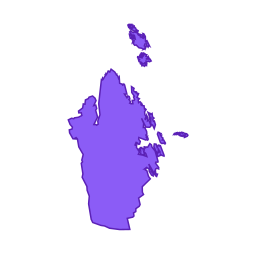 Bjugn nor, Sør-Trøndelag, Norway (orthographic projection), rotated 103°
{"feature_id": "86288312B97318118947912", "entity_name": "Bjugn nor", "entity_type": "district", "adm_level": 2, "iso_a3": "NOR", "parent_name": "Norway", "parent_adm1": "Sør-Trøndelag", "projection": "orthographic", "projection_center": [9.771, 63.825], "detail": "fine", "context": "isolated", "style": "filled", "palette": "violet", "viewbox_px": 256, "rotation_deg": 103, "n_neighbors": 0, "source": "geoboundaries", "source_scale": "gbopen_adm2", "svg_char_len": 5855}
<svg xmlns="http://www.w3.org/2000/svg" viewBox="0 0 256 256"><g transform="rotate(103 128 128)"><path d="M133.5,188.0L137.6,185.2L139.6,182.4L141.6,182.3L143.0,184.8L145.9,183.8L150.9,179.2L150.5,176.8L150.2,177.6L149.0,176.4L150.1,174.8L157.5,171.7L163.9,165.7L169.7,165.8L171.2,164.7L172.9,165.6L182.9,161.6L186.3,161.6L194.2,154.9L197.9,153.8L203.1,150.4L210.8,149.3L225.3,143.3L228.0,141.1L229.0,132.4L228.7,128.9L229.8,123.4L228.8,113.2L226.4,103.4L216.2,108.4L213.8,103.3L212.4,102.4L209.5,103.5L207.7,101.6L204.8,102.2L201.7,99.4L199.8,99.0L193.9,101.9L189.3,97.9L187.4,99.5L182.0,100.9L172.5,94.8L170.6,97.1L165.4,100.0L164.9,101.7L163.6,101.3L164.0,102.5L162.2,101.0L163.0,99.0L162.7,98.3L165.4,97.6L168.6,94.4L169.0,92.7L166.7,93.2L165.0,95.8L163.6,96.0L162.6,98.2L161.1,97.9L158.4,99.7L168.3,90.5L168.8,89.2L166.3,88.9L166.4,90.6L164.2,91.4L164.8,91.7L164.5,92.3L161.5,91.7L160.7,90.8L161.0,88.9L159.6,89.2L156.0,93.3L155.0,93.2L154.5,91.2L153.8,91.2L144.9,96.1L144.1,95.7L145.2,94.4L144.7,93.1L141.6,93.8L144.2,91.3L145.0,93.1L146.1,93.4L145.4,95.2L149.1,92.6L147.5,90.4L146.2,90.5L147.0,89.0L147.3,86.6L146.5,86.7L137.9,92.5L137.8,93.7L138.4,93.7L138.0,94.7L140.1,95.4L137.4,97.0L137.6,98.8L140.3,98.6L143.1,96.4L144.3,96.2L144.4,96.4L141.0,100.5L139.2,101.3L138.3,103.2L142.3,104.5L142.4,106.0L143.3,106.4L142.5,107.5L142.8,108.1L145.5,107.3L144.5,109.7L145.1,110.6L144.0,110.5L144.3,111.6L147.0,110.7L145.3,112.7L148.8,111.3L150.9,108.8L150.3,105.9L147.4,107.4L148.8,105.0L151.6,103.2L151.1,107.4L151.3,112.0L148.8,111.5L145.0,115.4L143.0,115.7L143.2,117.1L142.5,117.3L140.2,116.9L140.2,116.0L141.7,115.7L140.9,114.8L141.5,113.8L141.1,113.1L138.3,113.0L136.5,115.1L134.8,115.3L135.7,108.0L135.2,107.6L135.4,106.1L134.3,105.8L132.9,106.7L133.5,107.6L133.0,108.1L131.5,107.3L131.5,108.6L130.8,109.0L129.8,108.2L127.1,109.1L123.7,111.9L124.1,113.2L119.8,113.8L115.5,117.0L123.1,110.8L122.4,107.0L120.7,106.0L115.6,109.5L116.7,110.6L113.6,110.9L111.6,112.6L114.2,112.2L115.7,112.9L115.4,113.4L112.6,113.0L111.3,114.5L108.4,115.5L105.8,114.6L105.3,115.8L105.7,116.2L102.7,117.4L102.9,118.8L101.8,119.6L102.8,119.8L102.5,120.6L100.4,121.0L99.7,122.2L100.9,123.4L98.4,124.4L96.9,123.5L96.2,126.1L92.2,125.4L92.0,126.2L93.0,126.4L91.4,127.8L92.2,128.8L91.0,128.3L91.2,130.2L89.8,131.2L88.0,131.0L86.9,133.9L92.6,132.3L95.6,129.0L96.5,129.6L98.8,128.0L99.7,128.3L100.2,130.1L103.2,128.7L103.7,130.5L103.3,130.7L103.4,131.9L101.8,131.5L100.0,133.5L99.3,132.7L97.1,133.9L96.9,134.9L97.7,135.3L96.3,135.7L98.6,136.0L95.7,139.1L95.2,136.7L86.8,141.0L86.3,141.5L86.9,142.2L86.4,142.6L87.3,143.0L86.6,143.7L86.3,146.2L80.4,148.0L81.7,148.4L79.5,149.8L78.6,151.7L78.8,150.9L78.1,151.0L78.3,151.6L76.4,153.5L74.5,157.7L78.2,158.5L77.2,158.7L76.9,160.1L80.4,161.0L80.1,161.7L81.9,161.2L80.5,162.5L82.1,161.9L85.9,163.1L85.0,164.0L87.0,164.0L86.8,164.8L110.9,162.0L121.4,158.3L128.1,159.0L130.9,157.9L132.3,159.2L131.9,160.1L132.3,162.0L124.2,160.1L118.0,163.5L116.0,162.9L112.9,164.6L113.9,166.4L108.5,165.3L106.3,166.9L104.8,169.7L106.7,172.9L108.3,173.3L110.2,175.8L114.5,175.3L114.6,177.0L118.7,176.7L122.6,180.0L124.3,179.4L123.7,176.9L126.2,175.8L128.7,178.8L130.1,182.4L131.1,182.9L131.2,185.2L133.5,188.0ZM43.2,125.5L39.1,128.8L40.8,130.0L38.9,129.7L39.3,130.5L34.9,131.7L32.6,133.9L32.6,134.7L36.0,132.1L35.7,133.1L37.2,133.5L36.4,135.4L36.0,135.0L36.4,133.7L34.2,135.0L34.1,136.5L35.6,136.7L34.6,137.1L35.3,137.5L35.1,138.4L34.0,138.2L33.8,139.0L34.5,139.3L33.1,140.6L33.1,143.6L34.0,144.5L32.8,147.3L34.1,148.0L37.2,144.5L38.1,144.7L36.3,146.3L36.8,146.7L36.0,147.1L36.2,147.8L40.1,145.9L40.1,145.0L38.2,144.7L40.0,144.0L39.1,142.6L35.7,144.4L36.7,143.4L36.3,142.6L39.6,141.0L39.3,142.7L41.1,143.7L41.5,142.7L43.6,142.8L42.1,141.7L44.7,141.7L45.9,140.1L45.3,138.7L47.4,135.3L47.2,132.7L47.7,130.8L47.3,130.2L47.7,130.4L47.1,129.5L47.4,129.1L45.1,128.7L45.4,129.5L44.3,129.5L44.3,130.6L42.3,130.4L41.8,128.8L43.2,128.6L44.7,126.6L42.9,126.3L43.2,125.5ZM57.5,120.5L55.9,122.0L56.8,126.2L55.0,123.4L53.9,124.3L54.4,124.4L54.3,126.6L52.4,126.2L52.5,127.7L51.4,128.5L51.8,128.4L51.5,129.3L53.8,129.0L56.1,130.1L51.8,130.2L51.8,131.7L54.0,130.9L53.6,131.8L54.0,132.2L52.5,132.3L55.1,133.0L55.5,130.7L56.5,130.3L56.4,134.6L57.2,134.5L58.9,132.0L59.4,132.4L59.0,133.2L60.8,132.2L61.0,129.7L61.8,128.5L62.2,129.2L61.4,130.9L62.6,130.4L63.4,127.4L63.8,127.8L63.3,128.9L64.3,128.4L63.4,127.3L64.2,126.0L62.9,125.2L63.2,124.9L63.0,124.0L61.6,124.7L62.6,125.2L61.6,125.7L61.6,127.0L60.8,126.6L60.8,125.2L59.8,125.3L60.2,124.6L58.8,125.3L58.8,123.5L58.2,122.8L58.6,121.9L57.5,120.5ZM122.7,102.3L118.7,102.0L115.3,103.9L115.8,104.7L113.8,105.9L112.5,104.9L111.6,106.6L108.4,107.8L109.3,108.6L108.8,109.7L110.5,109.7L108.8,110.7L108.3,112.0L112.6,109.3L112.5,108.2L113.1,107.8L114.4,107.7L113.6,109.1L114.8,109.0L114.6,107.7L118.8,106.9L119.7,104.6L122.7,102.3ZM134.9,88.3L134.3,88.1L131.6,90.6L132.0,91.9L130.0,91.6L129.0,93.6L127.5,93.6L127.9,94.7L126.1,94.5L126.5,95.8L125.5,96.0L125.3,97.7L127.3,98.0L134.9,93.1L135.5,91.4L134.8,90.3L135.1,88.9L134.1,89.0L134.9,88.3ZM122.7,68.4L121.5,68.0L120.4,69.5L120.4,70.4L121.7,70.6L120.6,71.2L120.0,73.6L121.1,73.9L120.2,75.1L121.0,75.7L120.6,77.1L121.0,76.5L121.2,76.9L120.8,77.7L122.5,76.0L121.2,78.6L122.2,79.5L121.1,79.9L122.8,80.0L122.4,80.4L123.2,81.0L122.9,81.6L123.9,81.9L123.3,80.9L123.9,80.7L123.2,79.6L123.4,79.0L122.6,78.7L123.9,75.4L123.9,74.5L123.1,75.0L123.8,72.7L122.4,72.4L122.4,71.6L124.5,70.9L122.7,68.4ZM32.2,140.1L30.9,140.0L30.3,142.1L28.8,143.2L28.7,144.8L27.4,144.3L27.9,144.7L27.2,144.9L27.8,146.2L26.7,146.3L26.9,147.4L26.2,147.5L26.6,149.2L27.6,147.6L27.5,149.1L29.5,149.2L27.0,150.6L27.7,151.3L29.9,149.9L30.2,149.1L29.0,147.7L29.4,145.8L30.1,146.5L30.1,148.4L30.9,148.1L32.1,143.6L31.4,141.7L32.2,141.3L31.7,140.7L32.2,140.1Z" fill="#8b5cf6" stroke="#5b21b6" stroke-width="1.5"/></g></svg>